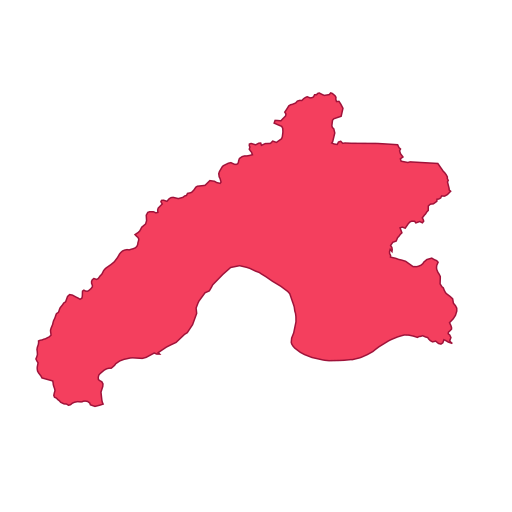 Araguatins, Tocantins, Brazil, rotated 277°
{"feature_id": "56859067B78666971214463", "entity_name": "Araguatins", "entity_type": "district", "adm_level": 2, "iso_a3": "BRA", "parent_name": "Brazil", "parent_adm1": "Tocantins", "projection": "robinson", "projection_center": [-48.121, -5.645], "detail": "fine", "context": "isolated", "style": "filled", "palette": "rose", "viewbox_px": 512, "rotation_deg": 277, "n_neighbors": 0, "source": "geoboundaries", "source_scale": "gbopen_adm2", "svg_char_len": 6052}
<svg xmlns="http://www.w3.org/2000/svg" viewBox="0 0 512 512"><g transform="rotate(277 256 256)"><path d="M224.7,291.8L222.7,294.1L215.1,297.8L213.7,298.5L211.4,299.6L210.0,300.2L206.2,301.2L203.9,302.2L200.8,303.0L198.7,303.3L195.5,303.7L184.3,302.8L178.9,301.4L174.6,301.5L173.0,302.2L171.1,303.7L169.3,305.7L165.8,311.7L164.1,316.1L162.1,323.9L161.0,335.0L160.9,337.3L161.0,341.3L162.5,351.7L163.2,355.9L164.7,362.6L164.9,364.4L165.5,365.9L167.6,371.4L168.4,373.0L171.7,378.5L175.4,383.6L177.6,385.7L180.9,389.1L188.0,398.0L189.2,399.8L190.5,402.0L192.9,406.3L193.8,408.3L194.5,409.9L195.7,412.8L196.1,417.3L195.7,421.9L194.9,426.2L195.9,427.5L196.3,429.2L197.2,431.1L196.3,434.1L196.0,436.3L194.6,437.6L193.2,439.4L192.3,441.7L193.4,444.7L191.4,447.8L191.1,450.3L192.6,452.0L195.8,452.7L195.1,454.9L194.0,457.3L193.1,461.5L194.3,459.7L195.5,458.6L198.8,459.4L201.2,457.9L202.3,456.2L203.9,456.3L205.5,457.7L207.3,459.0L208.8,458.8L210.7,457.9L213.4,456.2L217.7,459.4L221.4,461.2L225.8,462.0L228.7,461.6L231.0,460.0L233.2,457.7L235.8,456.9L237.5,456.4L239.5,453.6L242.0,449.3L243.2,448.2L245.1,446.9L247.2,445.8L248.1,444.3L250.8,442.1L256.6,441.6L258.1,441.4L260.4,439.9L262.0,438.5L264.7,437.0L266.3,436.6L268.6,436.5L272.0,437.5L273.4,435.9L274.2,433.2L275.3,430.7L273.3,426.0L270.4,423.3L268.8,422.6L267.0,420.9L265.6,418.4L265.0,416.8L264.6,413.2L269.0,405.1L269.7,401.0L270.0,397.9L270.7,395.1L271.3,389.6L273.0,389.5L274.7,388.3L276.7,388.0L278.9,388.4L277.0,390.4L279.0,390.4L281.1,389.8L282.8,388.3L286.3,390.1L287.9,393.3L291.5,394.3L292.9,395.4L295.1,396.6L296.8,398.0L299.1,396.8L301.5,395.5L302.5,397.7L301.8,400.7L306.8,403.3L308.7,404.8L309.5,406.3L309.8,409.2L308.3,410.6L310.2,414.3L309.2,417.1L311.0,418.2L312.6,417.5L314.1,416.4L317.0,418.1L318.5,419.2L320.5,420.1L322.2,421.4L324.2,421.2L326.6,420.9L328.7,422.7L329.4,425.7L332.3,428.8L334.4,428.7L334.8,430.4L336.1,432.2L338.2,432.9L338.4,435.9L340.3,438.5L344.0,441.3L345.1,439.7L346.7,439.4L352.9,437.0L354.4,437.6L356.3,436.4L357.8,436.3L359.9,434.8L361.9,432.9L362.8,431.6L370.0,425.2L368.2,397.5L367.3,395.3L367.8,388.5L370.0,387.4L372.2,389.8L375.2,386.9L377.9,385.7L379.8,386.4L381.0,384.7L383.7,383.0L383.3,375.7L382.5,362.8L379.5,336.9L379.0,330.6L378.4,328.3L380.2,326.1L379.2,324.0L376.6,323.0L376.7,319.9L377.4,317.4L379.0,318.2L387.7,319.2L391.7,317.7L392.9,316.1L394.6,315.4L400.1,315.4L401.7,316.5L405.1,323.5L413.2,324.3L417.0,321.7L419.6,319.5L419.1,317.1L421.3,316.1L423.3,316.0L424.7,314.9L426.6,312.0L427.0,310.3L425.1,309.0L423.7,304.2L424.4,301.9L425.5,298.9L424.8,297.3L423.5,296.5L423.2,294.5L420.9,293.7L420.0,292.3L419.5,290.4L420.3,287.4L419.3,285.7L418.0,284.2L415.9,282.5L415.8,280.5L414.8,278.2L412.7,276.7L411.0,273.7L410.4,272.0L409.1,270.3L404.8,268.3L402.3,267.0L400.6,268.4L398.6,268.3L395.4,265.8L393.2,264.2L393.1,260.5L392.9,258.4L390.1,257.8L388.9,261.8L387.8,265.7L385.9,267.0L382.4,267.6L379.8,267.6L377.7,267.6L375.5,267.1L371.2,262.4L372.1,258.6L369.5,256.6L368.7,251.5L366.5,247.9L368.7,246.9L368.3,245.0L366.3,242.1L367.1,237.4L366.3,235.8L364.6,235.9L363.4,236.7L361.2,236.3L359.6,237.7L358.6,238.8L356.1,240.1L355.0,237.3L354.2,234.8L353.9,232.4L353.0,230.2L350.8,227.7L348.7,227.2L346.7,227.1L345.3,226.6L344.5,225.2L344.4,223.4L345.6,219.7L344.7,217.2L341.6,212.5L340.4,211.6L335.3,209.4L333.1,209.0L331.7,209.4L330.1,209.8L328.5,210.9L325.1,212.3L323.7,211.5L324.1,208.0L325.1,205.7L325.2,201.0L319.9,196.8L318.1,189.3L317.0,187.9L313.9,186.3L311.3,184.3L310.6,182.8L309.8,180.4L307.6,179.6L306.9,177.9L305.3,176.3L303.5,171.9L304.1,166.6L303.6,164.6L302.3,162.9L299.4,160.9L300.1,157.5L299.7,155.5L298.3,155.0L296.2,156.6L293.7,154.7L291.6,153.1L289.7,152.8L287.3,153.3L286.6,151.3L287.4,149.0L287.0,145.1L286.1,143.3L283.1,142.1L277.7,143.1L274.3,142.5L270.7,139.1L268.8,138.4L266.7,137.6L264.9,136.1L263.8,134.8L262.5,133.3L261.1,135.0L260.0,136.6L258.5,137.6L256.6,137.5L254.8,137.2L253.0,137.2L251.1,136.6L249.5,135.4L248.2,133.1L247.4,131.1L246.6,129.4L246.6,127.2L245.8,124.8L244.7,122.9L243.0,121.4L241.3,120.3L239.3,119.5L237.3,118.6L235.1,117.3L233.0,116.1L229.7,113.0L228.5,111.6L227.2,110.2L226.0,108.8L224.6,107.6L222.8,106.5L220.7,105.8L219.0,105.1L217.4,103.8L215.7,102.9L214.3,102.1L213.3,100.6L213.9,97.8L212.4,96.4L210.8,95.9L209.0,96.1L206.9,97.2L205.3,97.3L203.4,96.1L201.6,94.5L200.5,93.1L200.4,91.1L201.1,89.3L200.0,88.1L198.4,88.2L196.4,88.4L194.6,88.5L192.9,88.3L191.6,86.6L192.6,84.5L193.2,82.6L194.0,80.6L194.8,78.6L195.0,75.7L192.9,73.9L187.3,72.6L185.8,70.8L184.2,70.1L182.6,69.1L180.9,68.0L179.3,67.5L177.7,67.2L175.9,66.7L174.5,65.0L172.7,64.5L171.0,64.2L169.1,63.7L167.2,63.0L165.3,62.7L163.2,62.5L161.5,62.0L159.3,61.4L157.3,61.1L155.6,61.4L153.9,61.9L152.4,62.2L150.4,60.5L149.3,58.7L148.2,57.2L147.5,55.4L146.6,53.9L146.0,51.9L145.2,50.5L143.4,50.8L141.4,50.7L138.8,50.1L136.5,50.0L134.2,50.6L131.5,51.1L129.2,50.7L127.0,50.1L125.0,51.4L123.4,52.7L119.1,52.4L117.3,52.6L115.2,53.2L113.5,54.4L111.9,56.0L110.3,57.5L108.9,58.4L107.2,69.5L105.3,70.1L103.5,70.5L101.5,71.4L99.7,72.3L97.8,72.9L95.5,72.5L93.0,72.3L91.3,73.2L90.6,75.3L89.3,76.8L88.4,78.4L87.0,80.0L86.3,82.0L85.8,83.6L86.0,85.9L85.0,88.1L85.8,90.0L87.4,91.5L88.7,93.6L89.7,96.6L89.8,98.9L90.0,101.0L90.8,102.3L91.2,104.1L91.1,106.6L89.8,108.9L88.1,109.8L87.1,114.5L89.0,119.4L90.4,122.3L92.1,121.3L94.0,120.6L102.0,118.7L107.8,119.8L110.4,119.7L112.4,118.3L113.2,116.2L114.2,114.6L116.5,114.2L118.7,114.5L120.2,115.5L124.3,119.3L125.9,121.6L126.7,123.7L127.0,126.0L128.5,127.4L130.3,129.0L132.0,129.9L135.2,133.5L136.0,135.0L137.4,137.7L138.1,139.8L139.4,143.4L139.9,145.8L140.5,155.6L141.3,157.6L142.0,159.3L147.3,166.8L146.6,169.3L146.9,172.3L148.2,170.7L154.7,178.2L157.3,182.1L160.5,187.2L169.5,194.6L171.5,197.1L180.1,201.4L191.8,204.1L197.1,202.9L202.4,204.2L204.4,204.9L213.3,209.9L215.7,213.9L219.6,215.6L222.1,216.5L233.8,225.4L241.5,232.2L244.4,240.9L243.6,248.2L243.0,251.3L240.9,257.5L240.0,261.4L239.2,262.8L236.6,268.5L233.0,275.3L229.0,284.3L224.7,291.8Z" fill="#f43f5e" stroke="#9f1239" stroke-width="1.5"/></g></svg>